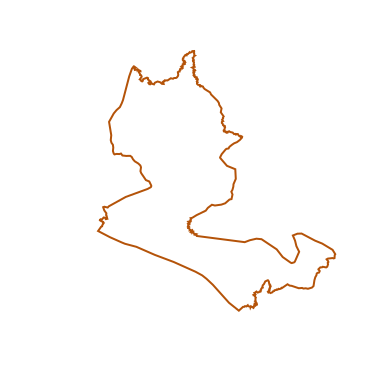 outline of Bueng Khong Long, Bueng Kan, Thailand, rotated 154°
{"feature_id": "78962969B81717267751176", "entity_name": "Bueng Khong Long", "entity_type": "district", "adm_level": 2, "iso_a3": "THA", "parent_name": "Thailand", "parent_adm1": "Bueng Kan", "projection": "albers", "projection_center": [104.048, 18.031], "detail": "fine", "context": "isolated", "style": "outline", "palette": "amber", "viewbox_px": 384, "rotation_deg": 154, "n_neighbors": 0, "source": "geoboundaries", "source_scale": "gbopen_adm2", "svg_char_len": 6024}
<svg xmlns="http://www.w3.org/2000/svg" viewBox="0 0 384 384"><g transform="rotate(154 192 192)"><path d="M293.5,198.1L285.6,187.4L277.3,177.5L275.0,174.9L266.0,167.1L253.0,151.8L239.1,137.1L223.8,118.8L219.4,112.6L217.0,107.6L213.9,99.4L207.3,76.2L201.9,64.8L196.5,66.4L195.3,65.9L194.4,66.2L193.3,65.3L191.5,65.8L191.5,64.7L189.9,63.4L190.1,62.6L189.1,63.4L187.6,60.9L186.9,61.4L187.1,62.0L186.5,62.0L185.2,63.6L184.7,62.1L184.0,62.5L183.2,62.2L182.8,62.6L182.7,63.5L183.3,63.5L183.7,64.1L182.9,64.3L183.2,65.5L182.7,65.8L183.0,66.3L182.6,66.4L181.7,68.4L180.9,69.1L181.2,70.4L180.8,71.2L181.4,71.7L180.5,71.9L181.1,72.6L179.9,72.6L180.0,73.8L179.5,73.6L179.0,74.1L177.7,74.3L177.2,72.9L175.8,72.6L175.1,72.9L174.1,72.4L173.6,72.8L173.5,73.6L172.7,73.8L172.2,74.7L171.1,75.2L170.3,75.1L170.2,76.1L169.3,77.1L167.7,77.7L165.4,79.5L162.7,79.5L162.3,79.2L162.2,77.7L162.7,76.4L162.6,75.2L163.1,74.7L162.6,73.7L163.0,73.2L162.6,73.3L162.7,72.6L163.9,71.8L164.3,71.0L165.0,71.0L165.4,70.5L165.3,69.9L166.0,69.8L166.1,69.4L167.5,69.1L167.4,68.1L166.2,68.0L165.8,66.8L163.7,66.6L162.8,67.2L161.5,67.0L160.9,67.5L159.6,67.1L158.8,67.3L158.5,66.8L156.8,67.0L156.7,66.6L154.8,66.2L153.6,66.6L153.4,66.2L146.6,67.2L145.3,65.1L143.6,64.0L138.2,58.7L135.1,57.5L134.2,56.4L132.0,55.6L130.2,54.2L126.1,53.5L124.0,54.2L120.6,59.1L118.5,61.4L116.7,62.6L115.7,64.0L114.7,64.3L113.2,63.9L112.0,64.8L111.8,65.3L112.4,66.9L112.2,67.2L109.7,68.0L108.1,67.3L107.3,67.5L104.5,65.4L103.2,65.6L101.4,67.4L101.1,68.8L100.1,69.3L100.0,70.3L100.5,72.5L99.1,72.6L94.6,71.0L93.8,70.2L92.9,70.1L91.4,72.7L90.5,73.3L91.0,78.4L97.6,88.6L102.7,94.3L111.7,106.6L115.5,108.3L120.4,108.7L120.7,103.1L121.9,97.6L121.9,91.3L130.1,84.3L131.2,84.0L133.5,84.4L134.3,85.2L139.0,93.8L141.0,103.3L150.2,119.1L154.6,121.8L161.2,123.3L166.6,123.8L207.0,150.4L207.0,152.1L206.5,152.2L206.9,152.6L207.6,152.6L207.8,152.1L208.4,152.5L208.0,153.0L208.7,154.1L208.2,155.6L209.2,155.6L209.1,156.1L209.6,156.3L208.8,156.5L208.6,157.4L209.5,157.2L209.9,156.6L209.9,157.2L210.5,157.0L210.3,157.7L209.8,157.7L209.8,158.4L210.5,158.6L210.2,158.8L210.6,159.2L210.5,160.7L211.3,161.3L210.6,162.4L210.9,162.7L210.4,163.2L210.0,162.9L210.1,163.5L209.5,164.9L208.3,164.2L207.8,165.1L208.5,165.6L207.6,165.8L207.9,166.4L207.1,166.3L207.4,166.7L206.2,166.4L205.7,166.7L205.8,167.5L204.7,168.1L204.7,169.1L203.1,168.7L198.0,169.2L187.8,169.2L184.7,170.8L179.7,171.8L177.3,169.8L171.2,167.8L167.1,167.3L161.6,168.8L159.6,168.3L156.7,172.0L156.5,175.0L154.7,176.2L152.5,178.7L151.3,180.8L146.9,184.6L143.1,193.5L149.1,200.2L151.7,210.1L151.6,210.8L148.7,213.0L143.1,215.5L142.1,215.7L140.1,215.1L138.5,216.2L135.5,216.9L132.8,217.3L129.7,217.1L126.2,217.8L123.7,218.8L123.9,219.4L123.2,219.1L122.7,219.6L123.0,220.4L124.1,220.3L124.2,221.3L124.8,221.3L125.3,222.3L125.4,224.0L127.0,224.8L127.4,224.5L127.7,225.3L128.8,225.6L129.4,227.6L131.4,229.2L132.0,230.3L133.2,230.4L133.8,229.8L134.5,229.9L134.5,230.3L134.9,230.2L135.4,230.8L135.1,231.5L135.5,232.1L136.2,232.0L136.8,232.5L136.6,233.2L135.9,233.0L135.9,233.8L134.9,234.4L134.4,235.6L133.9,235.7L133.6,236.9L134.3,237.3L134.2,237.8L134.8,238.4L134.5,240.3L134.9,240.9L134.5,241.8L133.8,242.4L133.0,242.2L133.2,243.8L131.8,244.5L131.6,245.3L130.4,246.0L131.2,251.0L128.8,254.2L129.3,258.3L128.8,260.4L129.1,262.7L132.1,271.3L132.1,273.6L135.5,279.0L136.0,280.9L135.9,281.9L137.3,283.4L137.9,283.0L138.4,283.2L138.6,284.6L138.3,284.9L139.6,285.7L140.1,287.1L139.5,288.2L139.0,288.2L139.2,289.2L138.3,289.5L138.3,290.2L137.7,290.5L138.2,291.3L137.7,291.5L138.0,291.9L137.7,292.4L138.3,292.4L137.8,293.1L138.2,294.0L139.1,294.1L139.4,296.1L138.6,296.2L138.9,296.8L138.2,297.8L138.5,298.4L137.9,298.6L138.0,299.0L137.3,298.9L137.2,299.6L135.8,299.9L135.9,300.5L137.1,301.0L136.6,301.6L136.5,302.7L137.2,303.7L134.9,303.4L134.9,304.2L135.4,304.4L135.0,304.8L134.7,304.4L134.6,305.8L134.2,305.8L134.2,306.5L133.4,307.6L133.8,308.9L133.6,309.5L133.1,309.4L133.1,310.0L132.5,310.0L132.6,312.1L131.7,312.2L130.8,313.2L129.6,313.3L130.0,313.8L129.3,315.5L129.4,316.1L128.6,317.0L128.3,317.8L130.0,318.5L130.7,317.9L132.3,318.0L132.9,318.1L133.0,318.6L135.0,317.8L135.8,318.2L136.1,317.7L137.4,318.0L137.4,317.4L138.3,317.8L140.2,317.0L141.0,316.1L141.6,316.1L142.4,314.8L142.2,313.4L141.5,313.5L141.2,313.0L141.2,312.3L141.5,312.5L142.3,311.9L142.0,311.6L142.9,311.5L142.1,310.7L142.2,310.2L144.8,310.3L145.2,309.7L146.4,309.5L145.6,308.4L146.2,308.1L146.2,307.4L146.7,307.3L146.8,308.0L148.6,307.8L148.9,306.9L149.4,307.0L150.3,305.7L151.3,306.1L152.2,305.9L152.9,303.5L153.7,302.5L155.3,301.6L156.4,301.5L158.2,302.3L159.4,302.1L161.2,303.5L165.1,303.0L167.0,304.0L167.9,303.7L167.9,304.2L170.1,303.7L170.1,302.2L170.7,302.4L170.6,301.8L171.6,302.4L172.6,304.7L174.5,306.4L177.5,306.5L179.0,305.4L180.5,306.8L180.7,308.2L182.2,307.1L183.1,307.6L183.4,309.2L181.0,310.0L182.3,312.5L181.6,313.6L182.3,314.5L186.4,314.8L187.5,313.5L188.1,313.2L188.6,313.5L189.2,314.6L188.9,315.5L189.5,316.1L186.7,317.7L186.6,318.3L186.6,319.3L187.4,319.9L187.0,320.8L187.3,323.0L186.5,323.7L185.4,323.1L185.3,323.4L186.8,325.4L187.6,325.2L187.3,325.9L189.9,326.8L189.8,327.6L189.1,328.2L189.7,328.8L189.0,329.3L188.3,328.9L189.0,330.3L189.3,330.5L192.0,329.1L197.7,323.5L213.7,304.9L216.3,302.5L219.6,299.9L223.9,298.7L227.9,296.9L235.8,291.4L239.7,278.4L242.3,274.2L242.8,271.6L242.4,269.1L243.3,266.4L245.1,263.5L245.5,260.8L245.2,259.8L243.1,259.3L240.6,257.9L239.0,257.7L238.5,255.3L235.4,253.3L231.7,251.6L230.8,249.9L230.7,247.3L230.0,244.7L227.8,241.2L226.8,238.5L227.0,236.6L229.2,233.3L229.4,231.2L228.2,222.9L225.8,220.2L225.8,215.7L226.2,214.9L226.9,214.4L230.5,214.2L253.7,216.6L273.1,215.6L274.6,215.0L277.3,217.2L278.5,217.3L278.9,213.9L278.3,210.4L279.3,209.0L279.1,208.6L279.8,205.3L280.5,205.8L280.8,205.2L281.4,205.4L281.4,207.0L282.6,207.8L285.4,206.6L285.9,207.5L286.9,207.4L287.2,207.0L286.3,205.5L285.0,204.1L285.5,203.4L285.0,202.8L287.3,201.4L287.8,200.6L288.9,200.6L293.5,198.1Z" fill="none" stroke="#b45309" stroke-width="2"/></g></svg>